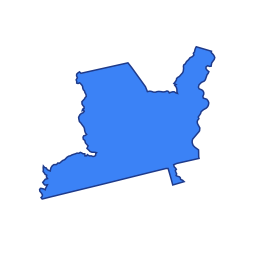 São Mateus do Maranhão, Maranhão, Brazil (Mercator projection), rotated 347°
{"feature_id": "56859067B61548310814974", "entity_name": "São Mateus do Maranhão", "entity_type": "district", "adm_level": 2, "iso_a3": "BRA", "parent_name": "Brazil", "parent_adm1": "Maranhão", "projection": "mercator", "projection_center": [-44.527, -3.987], "detail": "fine", "context": "isolated", "style": "filled", "palette": "blue", "viewbox_px": 256, "rotation_deg": 347, "n_neighbors": 0, "source": "geoboundaries", "source_scale": "gbopen_adm2", "svg_char_len": 3138}
<svg xmlns="http://www.w3.org/2000/svg" viewBox="0 0 256 256"><g transform="rotate(347 128 128)"><path d="M170.6,192.9L169.4,191.1L167.7,190.0L167.8,188.4L167.2,187.2L165.3,186.1L164.2,185.2L165.1,183.6L164.6,181.7L164.6,179.9L165.8,179.2L165.3,177.8L164.3,176.3L164.2,174.1L167.5,173.5L187.5,173.6L190.4,173.6L190.4,172.0L191.4,167.3L191.8,165.2L188.7,161.6L187.6,159.7L187.3,157.8L187.3,156.4L187.8,154.6L188.6,153.3L190.2,152.1L192.5,150.4L194.1,149.2L196.0,147.8L197.1,146.8L198.0,144.1L197.3,141.6L196.7,139.4L196.8,137.5L197.6,136.1L199.2,134.9L198.9,133.1L199.9,132.2L201.9,130.3L203.0,128.5L205.7,127.1L208.6,126.3L210.2,125.3L211.2,124.2L212.1,122.5L212.4,121.2L212.0,119.3L211.2,117.7L208.1,115.8L208.1,114.0L209.5,112.0L209.8,110.2L209.3,108.5L208.4,107.4L207.1,106.5L206.1,105.8L205.8,104.0L207.0,101.8L209.8,100.1L212.9,99.4L214.2,98.4L216.0,95.5L217.1,93.8L218.3,92.9L219.5,91.3L218.2,89.7L217.3,87.6L217.8,86.0L219.6,85.2L221.3,86.3L222.9,86.5L223.5,85.0L224.2,83.4L225.8,82.0L227.4,80.6L228.4,78.9L228.1,77.1L227.6,75.7L226.1,73.2L226.6,72.0L222.2,69.5L212.8,64.2L211.7,65.4L210.7,67.0L209.9,68.8L208.5,69.9L208.6,71.7L206.9,72.9L204.2,73.5L202.5,75.0L200.0,76.4L198.2,78.4L196.6,79.0L195.9,80.2L195.6,82.3L194.6,85.2L193.6,86.5L192.2,87.5L189.7,89.3L187.6,90.0L186.5,90.7L186.0,92.0L184.8,93.3L182.7,95.0L184.6,96.5L183.2,96.9L184.3,99.4L184.3,101.6L183.8,103.8L184.0,105.4L182.5,104.5L181.3,103.2L180.0,102.8L178.1,102.8L176.1,103.1L175.7,101.6L174.3,100.7L172.3,101.0L170.3,100.8L168.4,100.0L166.3,99.3L164.5,99.1L163.0,99.3L161.1,98.9L159.2,97.7L157.6,97.0L155.1,96.9L154.3,91.7L145.2,70.0L142.6,64.5L94.4,64.1L93.4,62.4L91.7,63.0L90.1,64.0L89.6,65.6L90.0,67.7L88.3,69.4L88.5,71.1L88.1,72.7L89.3,73.4L91.1,73.1L92.5,75.4L93.1,77.1L92.9,79.2L93.1,80.7L93.9,82.0L94.0,83.7L94.6,86.0L94.4,87.9L93.0,88.8L92.1,89.9L90.9,90.7L89.0,92.0L88.6,94.4L89.2,96.1L89.9,97.2L89.7,98.9L88.1,99.4L87.3,100.8L88.8,100.6L89.1,102.0L87.5,103.1L85.9,103.3L84.2,104.2L82.3,106.4L82.1,108.2L82.1,110.8L83.2,112.6L84.2,115.0L85.2,117.2L85.4,118.8L85.2,120.9L85.4,123.2L86.3,124.9L84.7,125.6L83.2,125.6L82.1,126.8L81.9,128.9L83.1,130.4L83.2,132.9L83.9,134.3L85.1,136.5L83.4,138.6L84.5,140.2L85.7,142.3L87.4,143.5L88.7,143.8L90.2,144.2L91.8,145.0L90.7,145.9L90.2,147.5L88.8,148.0L87.4,147.9L86.2,147.0L84.1,146.5L82.4,144.8L81.5,145.8L79.8,145.5L80.1,143.4L78.4,143.0L77.2,141.8L76.0,141.0L74.5,141.6L72.6,141.0L71.0,141.3L69.4,141.4L67.3,141.6L65.7,142.1L63.9,142.1L62.1,142.7L59.2,144.6L56.9,145.0L53.3,146.9L51.8,146.3L50.1,147.5L47.5,147.0L45.7,147.8L44.1,149.3L43.2,150.9L42.6,152.4L40.9,151.3L39.8,150.0L39.3,148.5L37.9,147.8L37.0,146.0L36.4,147.6L36.1,149.7L35.5,151.3L36.3,152.9L36.9,154.7L38.2,155.7L37.5,157.3L38.2,159.2L35.9,159.3L32.7,161.8L33.3,163.5L34.3,165.0L36.7,165.2L35.6,166.5L34.1,168.3L33.4,169.6L32.4,168.6L30.4,167.5L29.1,167.1L28.0,168.1L27.9,169.8L29.0,171.9L29.6,174.1L28.8,175.5L27.6,176.2L28.4,177.9L38.8,177.7L41.5,177.7L45.5,177.6L68.9,177.3L86.3,177.1L98.9,176.9L139.8,176.2L155.8,176.0L158.0,176.5L158.4,183.9L158.6,187.9L158.8,193.6L170.6,192.9Z" fill="#3b82f6" stroke="#1e3a8a" stroke-width="1.5"/></g></svg>